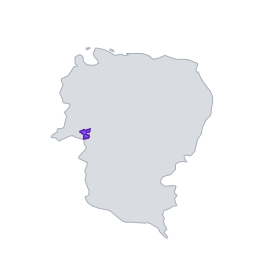 location of Kamchay Mear, Prey Vêng, Cambodia, rotated 114°
{"feature_id": "14789045B61124482761817", "entity_name": "Kamchay Mear", "entity_type": "district", "adm_level": 2, "iso_a3": "KHM", "parent_name": "Cambodia", "parent_adm1": "Prey Vêng", "projection": "robinson", "projection_center": [105.67, 11.575], "detail": "fine", "context": "in_parent", "style": "filled", "palette": "violet", "viewbox_px": 256, "rotation_deg": 114, "n_neighbors": 0, "source": "geoboundaries", "source_scale": "gbopen_adm2", "svg_char_len": 4974}
<svg xmlns="http://www.w3.org/2000/svg" viewBox="0 0 256 256"><g transform="rotate(114 128 128)"><path d="M212.3,47.1L212.9,49.1L211.5,53.1L210.0,56.6L207.3,59.7L207.1,62.0L206.2,68.9L206.5,71.1L207.2,72.9L208.1,73.9L210.5,80.6L212.7,86.7L214.9,91.7L215.3,94.8L213.3,102.8L211.0,110.2L211.2,113.9L212.2,117.5L213.3,122.4L213.7,128.7L213.1,132.8L212.1,135.3L210.1,137.9L208.3,139.2L206.2,137.0L204.6,136.9L202.3,137.6L200.6,138.6L197.0,142.4L193.0,146.1L187.6,147.1L185.4,149.8L183.1,150.2L178.8,150.3L176.0,151.0L176.1,152.4L175.9,158.9L175.9,160.4L175.5,160.8L173.5,161.0L170.2,160.0L165.7,158.4L162.5,158.2L160.8,161.0L159.8,162.1L158.6,162.3L157.4,162.8L156.9,164.1L156.8,165.7L157.4,168.4L157.7,172.7L157.5,175.6L158.7,177.5L165.6,183.8L167.6,185.3L167.8,186.3L166.6,189.7L167.7,194.5L165.6,194.4L162.0,192.3L160.2,191.1L158.1,192.1L157.4,191.9L156.0,189.5L154.2,187.1L152.3,187.0L148.3,187.9L144.2,188.6L142.6,188.6L142.0,189.0L139.6,192.6L138.6,192.0L134.4,190.6L130.7,190.1L129.9,191.0L130.4,193.9L131.2,196.8L130.7,198.0L128.6,199.5L125.9,202.2L124.2,204.3L123.0,204.8L118.9,204.7L114.7,205.0L113.1,207.0L111.5,208.5L110.2,208.9L104.7,204.0L94.0,202.3L92.8,200.2L91.8,199.7L90.8,202.5L84.8,205.2L82.4,203.6L80.5,201.6L80.8,199.2L82.5,197.3L85.5,195.8L86.8,190.9L84.6,184.5L82.7,182.7L80.6,181.2L78.4,183.6L76.6,187.6L74.7,189.7L72.0,190.2L68.0,190.0L66.5,184.0L66.0,178.8L66.5,172.9L67.1,169.4L63.4,164.5L63.2,159.9L61.3,157.6L60.8,158.8L60.8,160.1L60.3,159.1L54.3,145.7L53.4,139.4L54.4,134.6L55.0,133.0L53.3,130.4L50.9,127.6L46.6,123.8L46.3,117.8L45.4,110.8L44.1,108.4L42.1,104.1L41.1,100.5L40.7,91.0L41.3,90.2L44.3,89.9L48.2,89.3L48.9,87.7L48.2,86.5L50.7,84.3L54.3,79.6L57.1,74.7L59.1,71.6L60.3,68.5L64.3,64.1L69.8,61.1L73.6,60.4L77.5,59.4L81.3,57.9L83.1,57.8L87.7,59.5L90.3,60.0L92.9,60.0L95.7,60.2L98.1,60.0L103.8,58.7L109.8,59.7L115.3,58.9L122.0,57.5L125.3,58.4L128.3,59.8L128.7,62.7L129.4,64.1L130.4,65.1L131.7,65.1L133.4,63.1L134.8,61.0L135.3,60.6L135.4,61.6L136.1,63.9L137.4,66.1L138.6,67.6L140.8,69.5L142.2,69.6L146.8,67.8L153.7,70.4L154.5,71.8L156.7,74.5L159.1,76.5L164.5,76.6L166.4,71.8L165.4,68.9L162.4,63.7L161.5,60.7L162.5,60.2L167.7,59.6L168.5,59.0L169.7,55.7L171.1,56.1L173.9,56.5L177.0,54.2L178.8,51.9L179.8,52.9L180.8,54.6L182.0,55.6L184.2,57.0L186.6,59.0L188.1,61.0L189.3,61.8L192.4,61.2L193.2,61.3L195.0,58.9L196.2,57.6L197.3,58.0L198.8,57.9L202.0,54.9L203.9,52.1L204.9,51.3L207.7,52.7L208.9,52.4L210.6,48.6L212.3,47.1ZM64.5,176.0L63.9,176.4L63.3,176.3L62.8,175.8L62.8,173.6L63.2,172.3L64.2,172.0L64.5,176.0ZM73.4,197.3L72.2,198.8L70.3,195.8L70.3,195.0L73.4,197.3Z" fill="#d9dde1" stroke="#a8b0b8" stroke-width="1"/><path d="M156.0,164.1L155.9,164.1L155.9,163.9L155.7,163.9L155.5,163.7L155.4,163.7L155.5,163.7L155.4,163.6L155.3,163.4L155.2,163.3L155.2,163.2L154.9,163.0L155.0,163.0L155.0,162.9L154.9,162.9L154.9,162.7L154.7,162.7L154.6,162.4L154.6,162.2L154.5,161.9L154.5,161.7L154.4,161.6L154.2,161.4L154.3,161.4L154.2,161.3L154.2,161.2L153.9,161.0L153.7,160.8L153.5,160.6L153.4,160.5L153.4,160.3L153.3,160.1L153.2,159.8L153.0,159.4L153.0,159.5L152.9,159.9L152.8,160.0L152.7,159.9L152.3,159.9L152.0,159.9L151.8,159.9L151.4,159.9L151.3,160.0L151.2,160.1L150.8,160.4L150.7,160.5L150.7,160.8L150.8,160.8L150.8,161.0L150.8,161.3L150.7,161.3L150.8,161.4L151.0,161.4L151.1,161.5L151.1,161.4L151.1,161.5L150.9,161.7L150.9,161.8L150.8,162.1L150.8,162.3L150.8,162.5L150.9,163.1L150.9,163.3L151.0,163.4L151.0,163.6L151.0,163.8L151.0,164.0L150.9,164.0L150.5,164.0L150.4,164.0L150.1,164.1L149.9,164.1L149.5,164.1L149.2,164.1L148.8,163.7L148.7,163.6L148.6,163.4L148.4,163.1L148.2,162.8L148.1,162.6L148.0,162.1L147.9,162.1L147.8,161.9L147.7,161.9L147.6,161.7L147.4,161.7L147.1,161.6L146.9,161.6L146.7,161.6L146.3,161.8L146.2,161.8L145.9,161.8L145.7,161.8L145.3,162.0L144.8,162.2L144.6,162.2L144.4,162.2L144.2,162.2L144.2,162.4L144.2,162.5L144.3,162.5L144.5,162.6L144.8,162.7L144.9,162.8L145.2,163.1L145.3,163.3L145.4,163.5L145.6,163.8L145.8,164.1L146.0,164.2L146.2,164.4L146.3,164.5L146.5,164.7L146.5,164.9L146.6,165.1L146.7,165.3L147.1,165.3L147.5,165.1L147.9,165.1L147.9,165.4L147.9,165.7L147.8,165.8L147.8,166.0L147.7,166.4L147.7,166.6L147.6,166.8L147.6,167.0L147.4,167.2L147.3,167.3L147.3,167.5L147.5,167.8L147.8,168.0L148.0,168.1L148.3,168.1L148.5,168.0L148.7,168.3L148.7,168.5L148.8,168.5L149.0,168.9L149.2,169.1L149.5,169.4L149.7,169.7L149.9,169.9L150.5,170.4L150.7,170.5L150.8,170.6L151.0,170.5L151.0,170.4L151.0,170.2L151.2,169.9L151.3,169.8L151.3,169.6L151.3,169.2L151.2,168.8L151.2,168.6L151.2,168.4L151.3,168.2L151.5,168.1L151.7,167.9L151.7,167.7L151.8,167.6L151.8,167.3L151.7,167.1L151.7,166.8L151.7,166.7L151.8,166.4L152.0,166.2L152.0,165.8L152.0,165.7L152.5,165.3L152.6,165.2L152.8,165.2L153.2,165.0L153.3,165.0L153.5,165.0L153.8,165.0L153.8,164.8L153.8,164.7L154.0,164.6L154.3,164.6L154.6,164.6L154.8,164.6L155.0,164.6L155.4,164.3L155.5,164.2L155.8,164.2L156.0,164.2L156.0,164.1Z" fill="#8b5cf6" stroke="#5b21b6" stroke-width="1.5"/></g></svg>